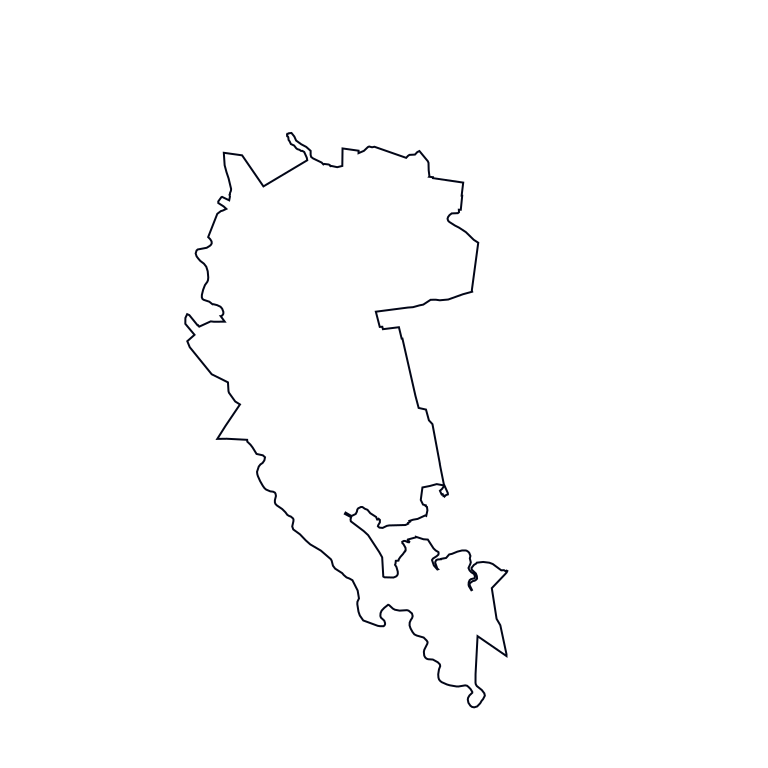 outline of Gruiu, Ilfov, Romania, rotated 216°
{"feature_id": "2599482B32768911582829", "entity_name": "Gruiu", "entity_type": "district", "adm_level": 2, "iso_a3": "ROU", "parent_name": "Romania", "parent_adm1": "Ilfov", "projection": "natural_earth1", "projection_center": [26.214, 44.706], "detail": "fine", "context": "isolated", "style": "outline", "palette": "ink", "viewbox_px": 768, "rotation_deg": 216, "n_neighbors": 0, "source": "geoboundaries", "source_scale": "gbopen_adm2", "svg_char_len": 6167}
<svg xmlns="http://www.w3.org/2000/svg" viewBox="0 0 768 768"><g transform="rotate(216 384 384)"><path d="M134.3,196.0L139.4,203.1L160.1,235.0L125.0,235.9L126.1,237.4L148.1,257.2L154.9,260.2L176.8,282.2L174.2,301.5L174.0,303.6L174.3,305.2L175.1,305.1L175.4,304.0L177.5,303.9L179.6,302.2L190.2,302.3L193.8,301.3L199.2,298.3L203.9,294.0L203.9,292.9L204.9,290.5L205.1,286.6L203.8,285.4L198.3,284.7L195.9,283.1L194.3,281.2L194.5,279.5L195.0,278.2L196.4,276.6L197.4,273.3L197.0,272.2L196.0,271.3L191.8,269.1L192.1,268.5L196.4,270.3L197.5,271.2L198.9,273.4L199.4,275.7L198.9,277.3L196.8,279.8L196.6,280.5L197.5,281.9L199.4,283.2L202.7,283.0L205.2,283.5L207.5,284.8L208.4,289.2L209.0,290.8L212.1,293.4L213.0,295.7L215.8,297.5L217.2,297.8L219.2,297.7L220.3,297.2L223.1,295.1L226.1,291.5L229.2,286.5L231.1,284.4L231.5,279.8L232.7,278.5L233.4,279.0L232.8,278.4L233.3,277.9L234.1,278.3L233.4,277.8L233.9,277.3L234.6,277.9L234.0,277.1L235.1,276.0L234.9,275.7L237.4,273.6L238.2,272.3L238.0,270.5L237.5,269.5L232.4,266.0L231.4,265.9L231.8,265.3L237.0,266.5L241.7,269.8L241.8,271.5L240.2,275.6L239.7,277.9L240.4,279.3L241.2,280.0L244.3,279.7L247.3,280.1L257.1,283.9L260.8,281.6L268.2,279.2L267.9,278.9L273.3,272.2L273.2,271.8L270.8,271.3L270.7,270.7L271.6,270.1L274.7,269.4L275.7,268.7L276.5,267.1L275.5,266.0L274.2,265.9L270.3,264.1L268.8,262.3L268.6,261.5L268.8,261.5L268.7,257.5L269.1,253.7L269.0,251.0L268.5,249.6L270.5,247.9L269.1,245.4L268.8,244.2L266.4,243.3L262.6,240.3L261.2,238.5L260.8,236.9L261.2,235.2L262.6,233.0L270.0,227.9L271.4,227.8L283.6,242.7L289.0,245.2L308.0,252.4L314.0,253.1L330.1,253.4L331.5,254.8L332.3,256.9L339.3,255.9L339.5,257.4L333.4,258.0L332.5,258.4L330.5,262.2L330.9,264.8L331.8,266.8L331.8,268.2L330.4,270.9L329.1,271.8L326.2,271.8L323.4,272.5L319.1,271.4L312.2,271.8L309.9,270.3L309.2,270.8L309.1,271.8L307.4,271.6L306.0,269.6L305.7,266.4L305.3,265.3L303.3,265.1L300.5,266.8L298.3,270.9L296.7,272.6L283.8,282.5L282.3,285.2L282.9,285.7L282.0,288.0L282.9,288.3L280.7,291.3L277.5,294.6L273.4,301.9L272.3,302.1L274.6,307.3L277.0,309.8L278.5,309.7L278.8,310.4L281.6,309.4L286.1,311.8L292.1,322.9L287.0,328.4L282.5,334.0L275.4,337.4L276.7,338.1L289.4,349.8L291.5,351.8L291.0,352.3L291.6,352.0L321.2,380.0L326.3,381.0L335.0,388.0L341.9,385.0L351.6,392.9L395.8,431.6L396.4,431.1L405.3,438.7L417.1,427.7L419.0,429.3L421.0,427.7L433.1,437.7L409.6,459.9L405.7,463.2L401.4,468.6L398.9,471.3L395.8,479.5L391.7,482.6L388.1,484.5L381.7,490.1L372.9,503.0L366.9,510.5L368.0,511.4L390.8,553.7L396.1,553.4L407.1,555.0L415.3,554.6L419.7,553.9L426.4,553.5L428.1,553.8L429.7,555.0L430.3,556.7L430.3,559.1L429.5,561.8L424.7,565.6L424.3,567.1L425.9,569.0L424.3,570.1L431.4,582.3L431.9,582.0L438.3,593.5L465.4,579.3L465.9,580.1L469.3,578.2L469.3,578.7L473.4,583.1L478.0,589.1L479.5,590.0L492.3,593.3L493.4,591.1L493.8,587.8L498.1,584.3L498.7,582.6L499.0,580.0L531.2,570.3L532.8,568.5L535.6,567.4L536.3,566.2L537.3,560.8L540.3,555.8L541.7,557.8L556.0,550.2L545.9,535.9L549.3,531.9L554.7,529.5L555.1,528.9L555.8,528.8L556.6,529.3L557.9,529.0L561.7,526.9L562.1,526.0L564.6,526.5L574.0,524.8L576.4,524.9L578.0,526.2L580.4,529.5L586.3,530.1L591.9,529.3L598.2,529.3L602.0,531.5L606.4,532.7L608.4,530.9L608.4,530.4L609.3,529.6L609.1,528.8L607.9,527.5L607.1,527.7L606.3,527.2L604.7,525.4L602.9,524.8L600.4,523.4L596.9,524.1L593.5,523.1L592.1,523.1L590.0,523.8L588.1,523.8L587.1,524.6L584.9,524.8L579.5,521.7L577.6,519.9L597.7,473.0L633.2,485.6L649.5,476.9L641.5,467.3L635.8,462.7L630.6,459.0L622.3,451.9L621.4,450.3L620.8,447.8L620.1,446.9L620.2,446.3L618.8,445.1L617.2,441.6L625.0,440.2L625.4,439.5L625.4,434.3L624.4,433.0L618.1,433.4L614.5,433.0L616.4,429.5L617.6,428.0L618.9,423.7L612.6,399.5L609.7,399.0L607.3,398.0L606.1,396.6L605.8,395.2L606.1,393.4L607.5,390.0L613.8,383.3L614.1,381.8L613.1,378.9L610.6,377.1L608.0,376.3L605.0,375.6L600.4,375.5L596.7,374.4L592.9,371.6L588.8,366.9L587.5,364.7L587.0,362.9L587.0,358.8L585.7,353.9L583.7,349.0L582.3,347.0L580.8,346.1L579.4,346.1L573.7,347.9L569.5,347.7L568.9,348.3L565.4,349.7L561.7,350.4L559.2,349.8L556.3,347.9L555.3,346.4L555.1,345.5L555.4,343.4L556.0,342.9L549.5,340.8L558.2,334.4L561.0,332.8L567.2,321.8L569.0,322.3L569.3,321.9L582.0,325.3L584.3,324.8L583.5,320.7L580.1,315.9L566.2,312.4L568.3,303.0L562.8,299.6L529.1,290.6L511.2,293.6L505.6,286.8L504.3,285.8L494.1,282.4L488.5,282.8L487.6,256.9L486.6,241.6L479.0,247.3L461.9,258.4L460.7,257.0L456.3,256.4L453.0,255.4L446.0,252.5L440.1,255.1L437.2,254.8L435.9,251.9L435.8,248.8L436.7,246.3L436.8,243.6L435.1,238.3L433.4,236.5L431.8,235.3L427.1,232.6L422.2,230.4L419.5,229.5L417.3,229.3L412.9,230.3L410.4,231.7L408.4,232.0L407.3,231.5L405.6,229.9L404.0,225.9L402.7,224.1L401.4,223.2L399.4,222.8L392.8,223.0L388.4,222.3L385.3,221.3L383.0,221.5L381.6,222.0L378.7,221.8L377.7,221.3L376.7,219.9L374.5,214.8L371.9,213.0L363.6,213.0L355.4,211.5L349.4,210.9L337.1,212.1L324.0,211.0L322.5,210.3L318.5,207.0L315.0,205.9L306.6,206.4L304.3,205.8L300.6,205.5L297.6,206.3L294.2,206.7L283.9,201.4L278.2,195.8L277.5,192.2L276.2,190.2L270.8,184.8L267.5,182.5L261.8,180.5L246.9,184.7L244.7,185.8L242.0,187.8L241.7,188.9L241.9,190.2L242.6,191.2L244.7,192.7L249.2,193.2L250.6,194.2L252.1,196.6L252.7,199.3L252.2,203.1L250.9,207.8L249.8,208.1L244.7,207.5L242.5,207.8L238.2,209.8L232.5,214.5L230.9,215.1L226.5,214.8L224.4,213.1L223.7,211.2L223.6,208.8L223.0,206.1L221.4,203.7L218.9,201.9L215.1,200.1L212.3,199.3L209.8,199.7L202.9,202.2L198.6,201.5L197.0,200.8L196.3,199.4L195.2,192.7L194.3,190.7L191.8,187.9L190.0,187.0L188.2,186.8L186.5,187.3L182.5,189.8L176.9,190.5L174.0,190.0L172.7,188.8L171.8,185.5L169.5,181.0L167.4,178.5L165.8,177.3L164.0,176.8L162.1,176.7L156.5,177.9L153.7,178.9L147.6,181.9L146.0,183.0L141.2,187.9L139.5,188.7L137.7,188.6L134.7,188.1L131.6,186.8L131.1,186.1L131.8,182.3L131.5,179.5L130.7,177.9L128.3,175.7L125.0,174.5L123.0,174.5L121.0,175.4L119.1,177.9L118.5,182.2L118.8,185.3L118.6,187.1L119.2,191.1L121.0,192.7L125.0,193.9L131.4,194.2L133.2,195.0L134.3,196.0ZM275.4,337.4L275.4,333.0L276.0,330.5L272.4,328.5L271.8,329.4L270.1,328.3L269.6,329.0L268.9,328.6L268.5,330.7L267.4,332.2L268.3,333.3L275.4,337.4Z" fill="none" stroke="#020617" stroke-width="2"/></g></svg>